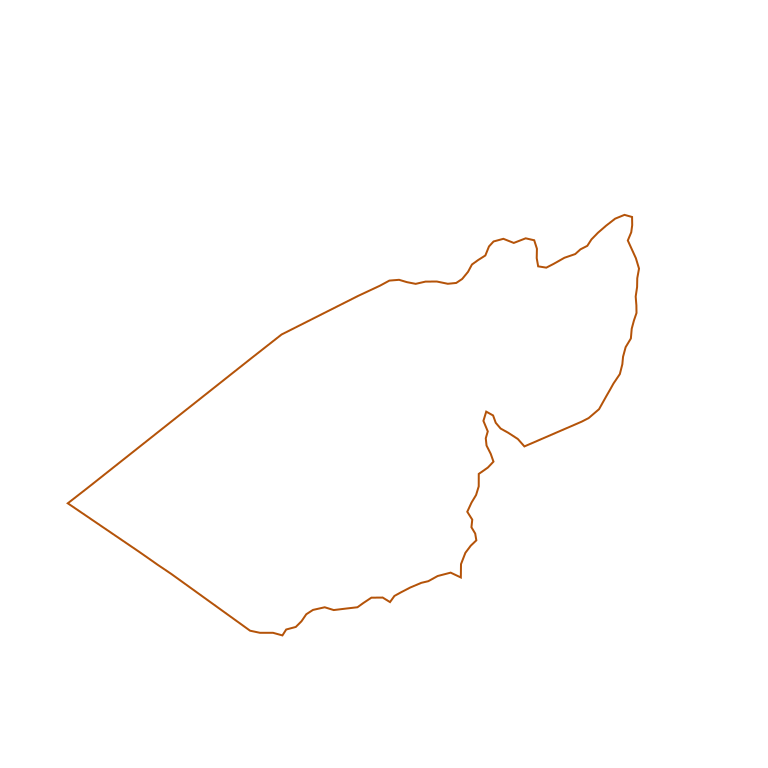 the district of Riacho dos Cavalos, Paraíba, Brazil, rotated 305°
{"feature_id": "56859067B6406172086981", "entity_name": "Riacho dos Cavalos", "entity_type": "district", "adm_level": 2, "iso_a3": "BRA", "parent_name": "Brazil", "parent_adm1": "Paraíba", "projection": "albers", "projection_center": [-37.603, -6.47], "detail": "fine", "context": "isolated", "style": "outline", "palette": "amber", "viewbox_px": 768, "rotation_deg": 305, "n_neighbors": 0, "source": "geoboundaries", "source_scale": "gbopen_adm2", "svg_char_len": 1594}
<svg xmlns="http://www.w3.org/2000/svg" viewBox="0 0 768 768"><g transform="rotate(305 384 384)"><path d="M105.1,415.8L109.0,425.0L116.5,435.7L119.8,445.0L126.8,444.7L134.4,451.1L142.4,452.5L150.8,452.4L158.2,455.4L167.1,463.5L170.0,472.5L178.0,481.4L185.9,490.3L192.5,492.6L201.7,496.2L208.3,505.4L208.8,514.0L216.4,514.1L223.1,517.4L232.3,522.2L242.5,528.6L247.9,533.4L257.5,538.1L267.7,546.8L269.6,557.9L280.6,550.4L292.4,547.5L301.3,547.8L308.9,549.3L313.8,544.5L316.8,537.8L323.5,534.1L327.1,525.5L337.1,523.7L345.9,523.1L354.5,520.3L364.7,513.2L375.1,517.0L383.2,518.2L388.0,511.5L392.4,503.3L397.9,498.5L404.7,496.2L410.8,486.6L420.0,483.6L420.8,491.4L416.3,497.8L414.4,505.1L415.3,513.7L415.7,525.2L413.4,534.8L466.5,567.5L473.5,571.2L486.7,574.6L501.5,573.1L509.3,572.4L516.0,571.7L527.4,571.5L536.9,567.9L543.4,564.2L552.8,560.8L562.9,560.1L571.4,555.2L579.4,552.3L587.0,550.1L593.1,545.7L600.0,540.0L608.6,535.7L615.9,530.8L624.8,526.7L631.5,518.2L641.4,501.4L650.1,499.5L656.5,496.2L663.1,491.4L660.5,484.0L652.0,478.5L641.0,475.1L630.6,472.5L621.4,471.0L613.8,471.3L607.0,467.7L600.1,466.1L590.9,459.4L579.4,453.9L572.4,450.2L568.8,442.8L574.7,436.9L582.5,431.7L587.9,424.6L584.6,416.5L574.0,409.4L571.4,398.5L563.6,392.0L556.9,391.1L547.4,393.3L539.5,390.0L532.3,387.5L524.1,388.5L514.9,387.8L508.2,385.2L502.7,378.8L498.2,368.4L491.6,359.2L484.2,352.5L480.6,344.4L478.0,336.6L471.8,329.1L462.2,324.3L451.1,317.9L441.2,312.2L365.8,271.7L328.9,260.5L128.6,200.7L104.9,193.4L106.1,279.9L106.1,302.9L106.4,318.8L105.1,415.8Z" fill="none" stroke="#b45309" stroke-width="2"/></g></svg>